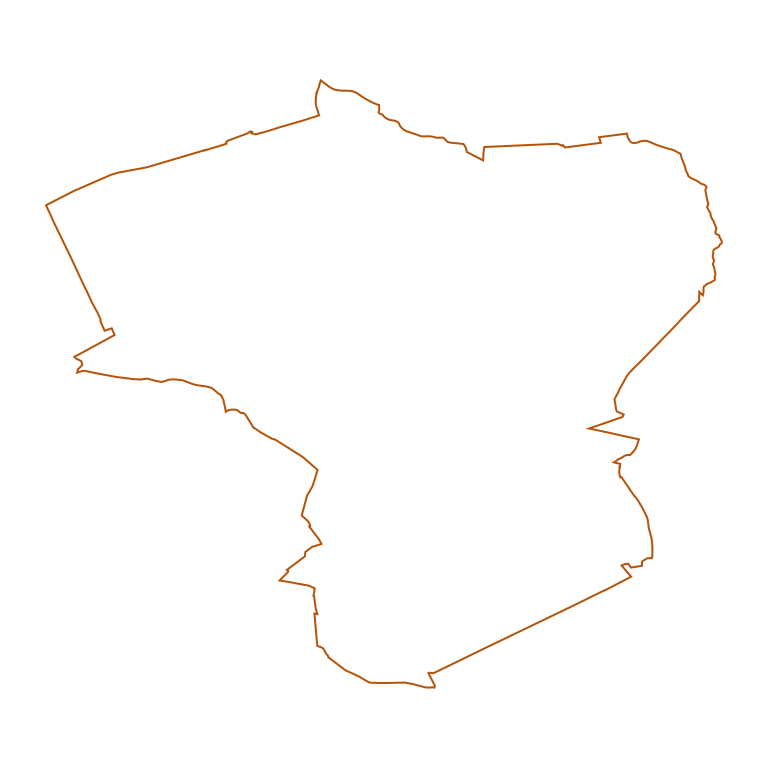 Oosterhout, Noord-Brabant, Netherlands (Natural Earth projection)
{"feature_id": "6326949B60940309425177", "entity_name": "Oosterhout", "entity_type": "district", "adm_level": 2, "iso_a3": "NLD", "parent_name": "Netherlands", "parent_adm1": "Noord-Brabant", "projection": "natural_earth1", "projection_center": [4.867, 51.632], "detail": "fine", "context": "isolated", "style": "outline", "palette": "amber", "viewbox_px": 768, "rotation_deg": 0, "n_neighbors": 0, "source": "geoboundaries", "source_scale": "gbopen_adm2", "svg_char_len": 5970}
<svg xmlns="http://www.w3.org/2000/svg" viewBox="0 0 768 768"><path d="M412.6,684.0L425.0,687.3L428.0,687.6L433.3,687.4L434.4,687.6L434.9,686.0L434.8,685.6L428.7,673.7L429.0,673.8L429.4,672.7L433.5,673.2L489.6,645.9L570.9,606.8L604.3,590.4L604.5,590.6L631.1,576.7L621.6,565.5L624.7,564.2L624.8,564.4L628.1,563.7L631.0,567.6L642.0,565.8L641.9,562.4L641.9,561.8L642.1,561.5L644.2,560.1L647.3,558.3L650.3,558.1L651.9,558.2L652.0,557.7L652.4,555.9L652.3,555.4L652.4,549.7L652.5,549.7L652.5,549.3L652.4,549.3L652.3,545.9L652.0,541.6L651.5,538.7L651.1,536.5L649.0,529.1L648.8,528.0L648.6,526.7L647.8,520.3L647.4,518.3L647.2,517.7L645.7,514.4L643.0,509.1L637.9,500.3L636.2,497.9L634.9,496.3L634.5,496.2L629.8,489.6L629.7,489.4L629.8,489.3L625.7,483.4L621.5,477.1L620.3,477.3L619.5,474.7L619.2,472.1L619.2,470.7L619.6,468.8L619.4,466.8L620.0,466.8L620.2,463.9L613.9,462.4L617.8,459.7L620.4,458.3L622.4,457.3L623.7,456.4L624.2,456.0L625.2,455.5L626.8,455.1L630.1,455.0L632.0,453.1L633.7,451.2L634.8,449.8L635.6,448.5L636.6,446.4L638.3,441.2L638.9,439.3L619.3,435.1L614.8,434.0L589.1,428.5L610.0,421.3L616.8,418.9L619.8,417.7L622.4,417.1L623.7,414.5L617.9,412.0L617.0,411.5L616.7,411.1L616.2,409.7L615.9,407.7L614.6,400.0L614.5,399.3L615.0,398.2L618.5,391.8L619.0,390.2L627.0,375.8L628.4,373.8L633.3,368.6L638.5,363.6L645.7,356.3L661.3,340.2L675.7,325.4L680.9,319.7L689.1,311.2L699.0,301.3L699.2,299.4L699.1,297.4L699.3,295.2L699.3,291.9L702.5,295.0L702.9,295.3L703.5,292.4L703.5,288.5L703.6,287.8L703.8,286.8L704.1,286.2L705.5,285.5L706.6,284.3L707.2,283.8L710.3,282.7L712.0,281.6L714.6,280.2L714.9,279.7L714.9,278.6L714.7,278.0L714.7,277.3L715.4,274.2L715.4,273.0L715.0,272.3L714.1,267.2L713.1,265.2L712.9,264.5L713.1,263.3L713.9,261.5L713.9,260.3L713.8,259.5L713.2,258.7L713.0,257.9L712.8,257.3L712.7,256.8L712.7,256.0L713.0,254.2L713.3,253.6L713.4,252.8L713.2,252.1L713.2,251.5L713.3,250.8L713.7,250.0L714.3,249.3L714.9,248.8L717.1,247.7L718.9,246.5L719.2,246.0L719.7,244.8L720.5,244.0L721.5,243.4L721.9,242.7L721.6,241.0L720.5,238.6L719.4,237.3L719.4,235.7L719.1,235.3L716.9,234.4L716.3,234.0L715.7,233.5L715.3,232.3L715.7,230.8L716.1,229.9L716.3,229.2L716.3,228.6L716.3,227.9L715.3,225.7L713.5,221.3L711.5,217.8L710.6,215.1L710.4,213.1L710.2,212.6L709.3,211.5L708.5,210.0L707.1,207.2L707.1,206.6L708.2,204.6L708.2,203.4L707.2,200.1L705.9,192.9L705.4,190.9L705.4,189.9L706.6,187.1L705.7,185.7L703.8,184.5L701.4,183.9L696.9,180.8L693.4,179.3L690.3,177.6L688.2,175.9L687.8,174.2L687.1,173.0L686.6,172.0L685.9,170.7L684.8,166.0L681.8,158.7L680.6,153.8L677.6,152.4L676.7,151.7L673.0,149.9L668.0,148.6L659.0,145.8L655.8,144.6L648.4,141.4L647.5,141.1L645.3,140.7L642.4,141.0L640.5,141.4L638.1,142.3L637.1,142.6L634.5,143.1L633.4,143.1L631.0,142.3L630.4,141.7L629.5,140.4L628.1,138.0L627.5,136.4L626.8,133.6L599.1,137.2L600.8,142.8L564.8,147.5L563.9,146.2L562.7,145.1L561.9,145.8L560.9,145.1L559.4,144.5L557.6,143.9L556.3,143.8L484.3,147.0L484.2,147.1L483.9,149.4L483.4,154.4L483.1,160.4L466.9,152.0L466.0,148.3L464.3,145.1L463.5,144.1L458.5,143.4L451.2,142.8L448.0,142.0L447.5,141.8L447.2,141.6L444.8,139.0L443.9,138.2L443.1,137.7L442.6,137.6L441.0,137.6L437.4,137.8L436.0,137.6L433.5,136.9L430.8,136.4L428.7,136.3L422.9,136.4L421.3,136.3L419.8,135.8L417.0,134.7L410.0,132.4L405.6,130.9L402.4,128.7L400.5,126.6L399.9,125.6L399.6,125.0L398.9,123.2L398.4,122.7L397.0,121.6L395.5,121.0L394.4,120.7L389.3,119.8L387.3,118.9L385.3,117.7L383.8,116.3L382.8,115.0L382.5,114.8L381.8,114.4L380.0,113.7L378.9,113.0L378.6,112.5L378.6,112.0L379.1,110.5L379.3,109.2L379.1,104.9L377.7,104.7L376.7,104.3L371.5,102.1L365.6,98.9L361.0,96.0L361.0,95.9L356.9,93.1L354.6,92.0L351.9,91.1L350.2,90.9L347.1,90.7L341.7,90.7L338.2,90.3L335.0,89.7L333.2,89.0L329.9,87.3L320.8,80.4L319.7,83.6L318.7,87.6L316.8,92.2L317.0,92.1L316.1,95.9L315.8,99.1L315.7,102.5L316.2,106.2L317.0,108.9L318.2,112.2L318.2,112.7L319.1,115.4L302.0,120.8L279.3,127.4L273.4,129.3L264.5,132.0L255.4,134.4L251.4,133.3L252.1,131.8L250.1,131.5L248.8,132.5L247.3,133.4L246.1,133.9L230.2,139.8L227.1,141.1L226.6,141.6L226.3,142.3L226.3,142.8L226.2,142.8L226.5,143.7L224.8,144.2L224.8,144.3L224.2,144.5L204.5,150.5L204.5,150.1L204.2,150.2L204.3,150.3L146.5,167.4L118.9,172.5L111.5,174.6L74.0,190.9L46.1,205.2L47.9,209.3L50.4,214.4L52.5,219.5L58.2,231.4L70.7,257.1L84.6,287.0L86.1,289.7L91.9,302.3L92.5,303.5L98.0,313.6L100.5,319.4L100.7,320.0L100.4,321.1L104.4,330.3L104.7,330.7L111.7,328.3L114.6,335.0L90.0,348.4L74.4,356.8L76.2,358.6L81.1,361.0L82.4,364.6L81.7,365.6L79.7,367.6L77.8,369.4L77.6,369.8L77.6,371.2L77.2,372.6L82.5,371.0L84.0,370.8L87.2,371.2L87.6,371.4L90.3,372.0L96.5,373.3L116.4,377.0L129.7,378.6L130.8,378.9L132.3,379.1L140.5,379.5L146.4,378.7L147.6,378.7L154.9,380.7L160.2,381.8L161.5,381.8L163.4,381.6L167.7,380.1L169.1,379.7L170.5,379.5L172.4,379.4L174.4,379.4L180.1,379.9L181.7,380.1L183.2,380.5L192.5,384.0L194.8,384.7L198.5,385.4L207.0,386.6L209.4,387.2L211.6,388.0L213.3,389.2L218.1,393.3L220.7,394.9L221.6,396.1L221.4,396.3L222.2,397.4L223.0,399.0L223.4,400.0L223.9,402.4L224.5,404.9L225.4,409.3L225.5,410.4L225.8,411.9L227.2,410.7L229.0,410.1L231.3,409.7L235.1,409.6L236.3,409.9L237.8,410.5L239.7,412.2L239.9,412.1L241.4,413.1L243.1,412.9L244.2,413.6L245.4,414.6L252.7,426.3L253.0,427.2L262.1,433.3L262.7,433.5L269.7,437.5L271.8,438.6L273.8,439.2L274.1,439.4L275.2,439.6L301.8,456.4L303.6,457.7L317.6,470.0L312.8,485.5L309.9,490.9L307.1,495.5L301.7,515.5L307.8,521.0L309.6,523.8L310.2,526.0L309.2,526.5L318.9,539.2L321.4,544.0L312.0,546.9L305.3,552.0L304.9,556.4L286.9,569.9L287.5,570.3L288.2,571.0L288.1,571.8L279.6,580.5L288.3,581.9L309.0,585.7L314.7,588.3L313.5,596.1L314.1,596.3L314.3,597.2L314.4,598.9L315.7,608.3L317.3,614.1L314.4,613.6L317.3,645.9L321.3,647.4L323.0,648.2L323.5,648.8L326.1,653.7L327.0,654.6L328.1,656.1L328.3,657.3L345.3,670.2L358.7,676.3L366.2,680.8L369.2,682.4L371.2,682.7L378.7,683.0L388.0,683.0L393.5,682.8L405.1,682.6L412.6,684.0Z" fill="none" stroke="#b45309" stroke-width="2"/></svg>